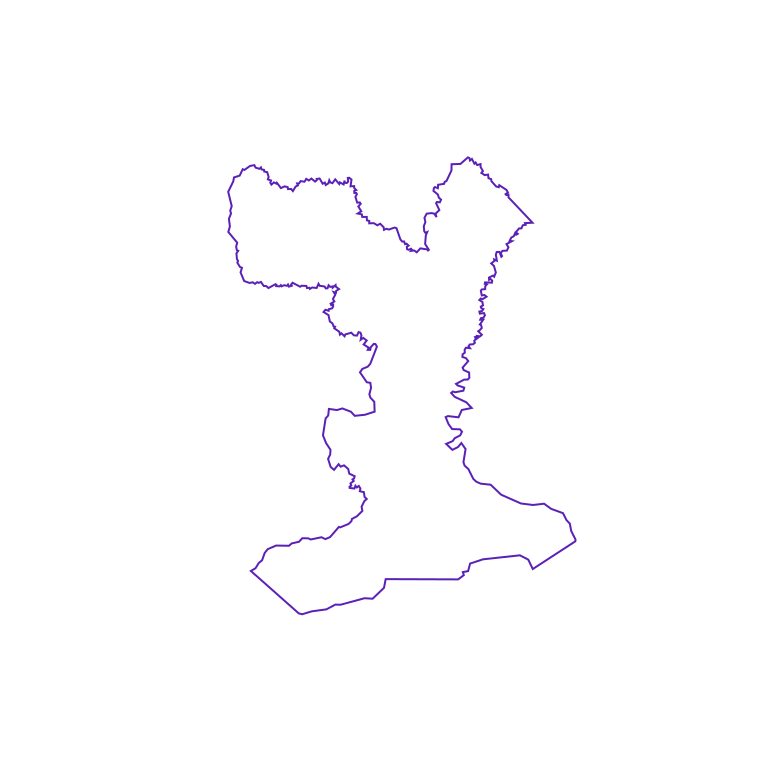 the district of Tambacounda, Tambacounda, Senegal, rotated 220°
{"feature_id": "50182788B74600736318601", "entity_name": "Tambacounda", "entity_type": "district", "adm_level": 2, "iso_a3": "SEN", "parent_name": "Senegal", "parent_adm1": "Tambacounda", "projection": "orthographic", "projection_center": [-13.284, 13.521], "detail": "fine", "context": "isolated", "style": "outline", "palette": "violet", "viewbox_px": 768, "rotation_deg": 220, "n_neighbors": 0, "source": "geoboundaries", "source_scale": "gbopen_adm2", "svg_char_len": 6166}
<svg xmlns="http://www.w3.org/2000/svg" viewBox="0 0 768 768"><g transform="rotate(220 384 384)"><path d="M365.8,155.2L301.9,153.5L298.7,155.0L293.2,163.4L283.3,174.3L279.5,183.7L275.4,187.0L261.2,207.4L254.7,212.2L253.0,227.9L257.3,235.6L201.6,282.0L200.0,288.9L202.7,290.6L199.3,294.7L202.6,301.8L195.5,313.3L169.8,340.1L160.6,342.2L151.1,337.9L136.3,386.5L137.4,388.0L146.2,391.8L151.9,396.5L156.6,397.0L163.9,400.1L175.7,395.8L184.4,395.2L192.1,387.1L202.3,380.5L223.1,374.5L237.6,375.4L245.7,369.9L250.3,368.5L254.6,368.7L264.7,373.1L269.8,373.3L272.9,375.2L279.7,386.6L286.8,388.5L286.8,383.2L289.3,377.5L297.9,378.1L294.7,384.3L295.0,387.9L292.6,393.7L293.6,397.6L296.7,398.1L302.8,393.3L308.7,394.7L315.5,398.3L314.4,400.5L305.5,406.4L307.7,414.1L301.4,422.0L309.1,422.9L321.6,419.6L326.8,420.3L326.4,422.5L324.2,423.4L318.9,429.9L320.2,432.8L326.8,430.2L328.9,430.4L325.4,438.9L322.7,441.3L322.6,443.6L326.2,447.5L331.9,445.9L334.3,447.1L334.2,455.7L337.9,456.5L341.3,455.1L342.9,457.3L342.2,459.9L344.2,462.0L344.6,464.4L341.2,466.7L343.6,467.3L343.7,469.4L341.3,471.7L340.9,474.0L342.6,475.0L342.6,477.6L344.4,478.5L343.7,479.5L342.1,478.3L341.6,480.5L343.2,480.9L341.0,482.3L340.7,484.6L346.5,485.0L345.3,485.5L345.1,489.8L347.6,491.6L348.8,491.2L349.3,496.9L351.6,495.1L352.1,496.7L350.4,498.7L350.9,501.6L353.0,502.6L355.8,499.5L357.5,500.8L355.8,503.0L356.1,505.3L358.1,504.6L359.6,505.5L358.7,507.9L361.4,510.1L364.9,509.6L364.9,511.6L363.0,512.4L361.6,516.8L364.3,516.7L366.0,514.7L369.7,517.6L369.9,519.2L367.5,521.7L369.3,524.0L369.2,526.3L371.2,525.5L371.9,526.8L366.5,531.0L367.6,532.8L370.0,532.9L370.5,531.4L372.0,533.0L370.2,537.1L368.6,537.0L370.0,541.3L375.6,545.1L379.4,545.3L378.5,549.2L379.7,550.2L376.8,551.0L381.4,554.9L382.5,557.5L380.5,559.4L375.9,556.9L375.8,557.9L378.6,559.1L378.9,562.1L375.6,565.2L376.6,568.8L380.1,569.9L377.8,575.7L379.8,574.5L380.6,578.0L379.6,580.7L380.5,583.7L378.7,583.3L378.1,585.0L380.6,585.0L380.5,590.1L378.8,591.5L379.7,594.8L377.8,597.1L379.4,597.9L373.9,603.0L408.5,607.0L410.3,609.0L411.7,607.4L412.9,607.6L412.1,610.3L414.9,611.4L423.5,610.4L422.6,608.5L425.1,607.4L432.0,608.4L433.6,609.8L436.2,608.8L438.9,611.3L441.2,608.7L445.1,608.3L445.1,610.7L449.5,612.3L451.4,614.5L453.4,611.6L456.2,612.6L456.4,610.9L461.3,612.9L461.8,610.5L463.8,612.0L465.4,611.5L466.9,601.7L473.5,595.8L469.6,591.0L466.6,579.6L467.5,577.9L466.6,576.0L470.6,571.4L468.6,568.6L471.6,567.6L471.7,566.1L470.2,563.7L464.6,563.8L461.7,562.0L458.8,561.9L458.0,559.1L460.5,557.3L460.3,556.0L453.4,552.8L454.0,547.5L451.0,545.6L454.9,546.8L457.3,545.6L460.8,541.9L459.8,537.3L456.4,534.7L454.9,530.4L451.4,526.9L449.5,526.4L448.6,528.2L447.4,524.6L442.5,517.7L435.9,515.6L436.1,514.6L437.3,514.9L443.3,511.3L443.6,505.9L446.7,505.7L448.8,503.4L448.9,504.8L450.3,505.0L451.3,502.7L453.0,502.1L454.8,503.9L454.1,505.8L456.9,506.0L457.8,504.7L460.2,506.1L461.7,504.8L464.4,505.3L474.6,511.4L476.5,510.6L479.5,505.5L482.0,504.4L483.1,502.1L485.1,503.9L490.0,504.3L491.1,501.3L495.1,500.7L498.6,497.6L500.1,499.4L502.3,498.4L504.6,500.9L508.0,498.0L510.0,499.7L513.7,497.7L512.4,501.7L517.8,503.5L517.7,507.1L519.2,507.5L521.1,505.7L526.2,509.0L526.8,512.0L528.0,512.5L529.5,511.3L530.9,512.8L529.9,514.7L532.8,515.0L534.1,516.4L536.7,513.9L540.3,519.7L543.2,519.6L544.2,518.6L541.5,516.0L541.7,514.0L543.3,513.0L545.0,514.4L543.2,510.9L547.4,510.1L546.8,508.4L552.9,509.4L552.6,504.7L554.7,503.9L556.9,504.9L555.6,501.9L556.5,499.0L558.8,500.3L559.7,498.0L565.4,500.0L567.4,497.8L566.5,496.9L566.9,494.8L571.7,494.7L572.4,491.6L575.4,491.2L574.9,487.9L578.3,485.8L578.0,483.1L579.5,481.8L577.6,480.8L578.6,478.5L577.8,473.2L580.5,473.7L582.8,471.6L584.3,472.9L587.2,471.5L588.9,467.8L595.4,469.3L595.2,468.3L597.9,467.7L598.4,464.4L600.5,465.1L601.3,467.3L604.5,466.1L605.5,468.5L609.7,471.2L612.3,469.8L613.6,470.9L615.6,469.7L617.5,470.8L617.7,468.8L621.4,467.2L624.0,468.3L626.8,464.9L628.5,458.3L630.3,457.7L628.5,450.9L631.7,445.8L629.7,442.3L626.9,431.1L615.0,422.4L613.2,417.9L610.8,416.3L609.0,410.9L603.3,405.6L601.0,400.4L587.3,397.9L585.6,394.2L582.7,391.9L581.3,392.3L581.0,389.2L576.9,385.1L574.9,384.5L574.4,382.7L569.7,381.1L567.5,381.7L565.6,377.3L557.3,373.0L551.9,375.0L550.0,377.5L547.2,377.8L546.6,380.5L545.0,380.9L543.9,383.1L539.1,381.8L537.0,383.4L534.2,383.2L531.3,390.7L530.2,390.9L529.5,389.7L526.7,391.7L526.6,393.4L525.2,393.0L524.1,395.4L521.5,396.8L521.5,398.5L519.4,397.5L517.8,400.0L519.1,400.5L519.1,402.8L510.8,404.6L510.3,406.3L506.5,409.2L504.7,408.0L503.1,409.7L501.9,409.2L501.1,411.7L497.3,414.3L498.6,418.7L496.4,417.9L492.2,420.5L490.1,419.8L488.8,421.0L489.9,424.0L487.6,423.8L486.1,425.7L485.2,424.8L484.7,428.7L483.4,427.6L479.5,427.8L480.5,424.5L479.5,423.1L481.7,422.1L478.7,421.1L477.8,416.3L475.1,415.3L476.5,411.2L475.1,410.5L474.0,412.1L472.8,410.7L472.4,408.6L474.4,405.8L473.5,404.5L476.6,403.2L476.6,400.3L470.8,401.1L465.7,397.1L462.5,397.3L459.5,395.7L458.3,396.4L457.9,394.7L451.9,395.3L449.5,393.5L449.2,395.5L444.9,395.2L445.5,397.1L442.0,402.3L438.4,401.9L435.8,403.7L436.8,407.4L435.0,408.2L432.5,406.7L430.3,402.9L429.5,406.0L425.2,406.2L425.0,401.2L419.1,402.0L418.4,399.7L416.5,401.3L417.8,403.7L417.6,408.2L416.2,409.1L413.5,408.1L407.5,390.7L407.6,386.8L410.3,381.6L409.9,377.5L398.3,374.3L395.2,376.1L391.5,372.8L388.6,366.7L385.6,364.8L380.0,364.1L373.4,356.8L378.8,348.2L386.0,340.8L391.5,341.5L400.2,338.5L403.3,333.8L410.2,329.5L406.5,324.0L406.6,320.1L397.8,305.5L390.4,301.5L382.7,299.2L379.9,295.4L378.7,290.7L371.6,286.2L367.1,286.1L367.2,293.4L364.1,292.8L362.3,296.0L356.8,295.9L353.0,293.0L347.2,294.5L346.2,292.4L346.8,290.7L344.9,290.2L345.8,286.3L343.8,285.2L344.4,283.2L343.5,282.3L339.5,284.9L340.5,287.7L338.3,287.3L337.8,289.7L334.9,288.8L333.6,286.3L329.9,288.2L326.3,285.0L323.3,284.8L323.8,281.8L322.3,275.6L319.0,272.9L319.7,265.3L321.8,260.0L320.8,258.0L321.2,254.0L325.4,246.0L326.7,245.5L326.9,232.1L329.2,227.5L333.4,226.4L340.2,217.8L342.8,217.1L347.5,213.3L347.7,208.5L352.2,202.6L352.8,199.0L362.8,190.9L366.9,182.8L366.8,177.9L364.1,170.6L364.9,166.4L364.0,160.3L365.8,155.2Z" fill="none" stroke="#5b21b6" stroke-width="2"/></g></svg>